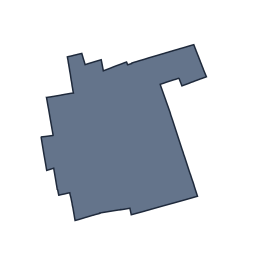 the district of Dragalina, Calarasi, Romania, rotated 342°
{"feature_id": "2599482B45268650673873", "entity_name": "Dragalina", "entity_type": "district", "adm_level": 2, "iso_a3": "ROU", "parent_name": "Romania", "parent_adm1": "Calarasi", "projection": "mercator", "projection_center": [27.403, 44.443], "detail": "fine", "context": "isolated", "style": "filled", "palette": "slate", "viewbox_px": 256, "rotation_deg": 342, "n_neighbors": 0, "source": "geoboundaries", "source_scale": "gbopen_adm2", "svg_char_len": 4310}
<svg xmlns="http://www.w3.org/2000/svg" viewBox="0 0 256 256"><g transform="rotate(342 128 128)"><path d="M173.0,214.4L173.0,212.7L173.0,210.3L173.0,208.6L173.0,206.4L173.0,206.1L173.0,204.3L173.1,201.9L173.1,201.6L173.1,201.2L173.1,200.2L173.1,199.3L173.0,196.9L173.0,196.0L173.0,195.1L173.0,193.6L173.0,193.0L173.0,191.5L172.9,190.4L172.9,189.9L172.9,188.2L172.9,186.6L172.9,184.4L172.9,182.4L172.9,181.6L172.9,180.1L172.9,177.8L172.9,176.7L172.9,175.6L172.9,174.6L172.9,173.1L172.8,170.2L172.9,168.1L172.8,165.6L172.8,162.0L172.8,160.2L172.8,159.4L172.8,158.6L172.8,158.3L172.8,154.0L172.8,153.2L172.8,152.7L172.8,152.3L172.8,151.6L172.8,147.5L172.8,145.9L172.8,143.0L172.8,139.4L172.8,134.7L172.7,128.7L172.8,127.0L172.8,125.2L172.7,121.4L172.7,120.0L172.6,118.7L172.6,117.2L172.5,115.1L172.5,114.1L172.5,113.1L172.4,109.9L172.3,106.2L172.2,102.0L172.1,99.0L172.1,96.4L172.8,96.4L174.0,96.4L175.0,96.4L176.4,96.4L178.2,96.3L179.5,96.3L180.5,96.3L181.4,96.3L182.2,96.3L183.3,96.3L184.3,96.3L185.3,96.3L186.8,96.3L187.9,96.4L189.0,96.4L189.7,96.4L190.3,96.3L191.0,96.4L191.3,96.4L191.5,96.4L191.6,96.5L191.8,96.7L191.8,96.8L191.9,97.0L192.0,99.1L192.3,104.6L192.5,104.6L194.4,104.5L198.0,104.4L200.1,104.3L201.3,104.2L201.8,104.1L202.4,104.1L203.0,104.1L203.5,104.1L204.4,104.1L205.4,104.0L206.9,103.9L208.3,103.9L209.6,103.8L210.6,103.8L211.4,103.7L212.3,103.7L213.0,103.7L213.6,103.7L214.3,103.7L215.3,103.6L216.4,103.6L217.2,103.6L218.0,103.5L218.4,103.5L218.4,103.4L218.3,102.2L217.9,97.3L217.8,95.7L217.8,95.1L217.7,93.4L217.6,92.2L217.5,89.5L217.4,89.1L217.4,88.3L217.3,87.3L217.3,86.6L217.3,86.3L217.3,85.8L217.2,85.5L217.2,85.4L217.2,84.9L217.2,84.4L217.1,84.0L217.1,83.7L217.1,82.4L217.0,81.4L217.0,80.8L216.9,80.3L216.9,80.0L216.8,78.8L216.8,77.9L216.6,75.4L216.6,74.0L216.5,73.1L216.4,70.9L216.3,69.1L216.2,69.1L214.7,69.0L211.4,68.9L206.5,68.8L203.4,68.7L202.2,68.6L201.7,68.6L200.1,68.6L194.9,68.4L194.7,68.4L193.3,68.4L191.5,68.3L189.5,68.3L189.1,68.3L187.9,68.2L186.5,68.2L185.2,68.2L183.1,68.1L178.6,68.0L169.5,67.7L168.3,67.7L166.3,67.7L165.2,67.7L161.9,67.6L159.2,67.5L158.0,67.5L156.4,67.5L154.7,67.4L153.8,67.4L152.5,67.4L151.6,67.4L151.4,67.5L151.3,67.8L147.5,67.8L147.3,67.8L147.1,67.7L147.1,66.6L147.1,65.7L147.0,64.8L144.9,64.8L142.2,65.0L139.6,65.1L136.2,65.2L132.5,65.4L130.2,65.6L126.5,65.8L122.2,66.0L123.1,59.1L123.6,54.8L119.9,54.7L116.1,54.6L114.9,54.6L111.0,54.5L109.5,54.5L108.3,54.5L107.4,54.5L106.8,54.5L106.9,50.9L106.9,49.0L107.1,42.8L106.0,42.7L102.6,42.4L102.0,42.4L99.8,42.2L98.9,42.1L98.0,42.1L96.6,42.0L95.3,41.9L93.8,41.7L92.3,41.6L92.1,42.9L92.0,44.0L91.9,44.9L91.7,46.0L91.5,47.2L91.3,48.4L91.3,49.0L91.2,49.5L91.1,50.1L91.0,50.6L90.8,52.0L90.6,53.4L90.5,54.0L90.4,54.6L90.2,55.8L90.1,56.6L90.0,57.4L89.7,59.5L89.5,60.6L89.3,61.7L89.0,63.5L88.8,64.7L88.7,65.3L88.7,65.7L88.6,66.4L88.5,67.1L88.3,68.5L88.0,69.9L87.8,71.3L87.6,72.8L87.2,75.3L86.9,77.9L84.0,77.3L81.8,77.0L79.7,76.7L77.7,76.4L75.2,76.1L74.8,76.0L74.3,76.0L74.2,76.0L68.8,75.2L67.3,75.0L65.6,74.7L63.9,74.5L63.4,74.4L62.9,74.3L61.2,74.0L60.1,73.9L59.9,73.8L59.8,74.7L59.7,75.4L59.6,76.0L59.5,76.9L59.1,79.5L58.6,83.2L58.3,85.6L56.7,96.4L54.6,111.4L54.4,111.9L53.7,111.8L48.7,110.9L46.6,110.5L42.9,109.7L42.5,110.2L42.4,110.8L41.4,117.3L39.9,127.1L38.5,137.0L37.8,141.6L37.6,143.2L44.9,143.3L43.8,150.8L42.7,158.2L42.6,158.8L42.5,159.4L42.3,161.0L42.1,162.2L41.9,163.5L41.7,164.4L41.7,164.5L41.8,164.6L42.0,164.9L42.0,165.0L42.0,165.3L41.9,166.0L41.8,166.9L41.6,168.4L41.4,170.5L42.0,170.6L42.6,170.6L43.7,170.7L44.8,170.8L46.5,171.0L47.3,171.1L48.9,171.2L51.0,171.4L52.6,171.6L52.4,172.9L52.3,174.0L52.2,176.2L52.1,177.3L51.9,178.9L51.7,180.7L51.6,181.9L51.3,183.5L51.1,185.0L51.0,186.5L50.7,188.5L50.6,189.2L49.9,194.0L49.4,197.3L49.1,199.6L52.4,199.8L57.3,199.9L57.6,199.9L59.8,199.9L60.2,199.9L61.4,200.0L61.9,200.0L62.3,200.0L67.5,200.1L67.9,200.2L69.8,200.2L71.6,200.3L72.1,200.3L72.4,200.4L74.7,200.5L74.8,200.5L74.8,200.1L89.1,202.3L95.2,203.3L95.6,203.3L95.5,203.5L98.8,204.0L105.0,204.9L104.3,211.5L112.2,211.9L118.4,212.2L119.2,212.2L119.3,212.2L119.7,212.2L121.3,212.3L123.9,212.4L125.0,212.4L125.5,212.4L126.2,212.5L127.2,212.5L137.2,212.9L145.7,213.3L146.4,213.3L147.0,213.4L147.6,213.4L159.4,213.9L171.0,214.3L173.0,214.4Z" fill="#64748b" stroke="#1e293b" stroke-width="1.5"/></g></svg>